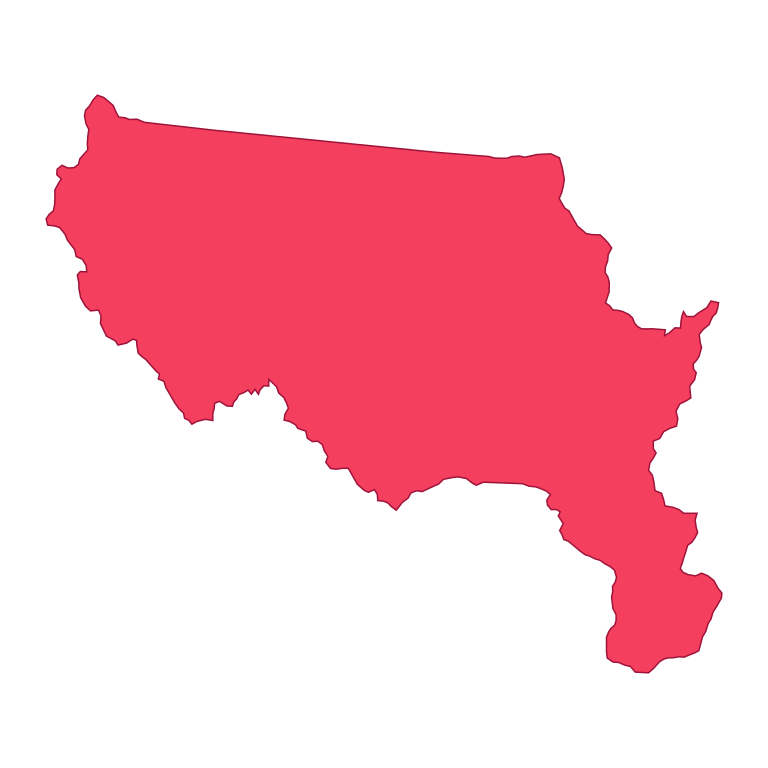 Iporá, Goiás, Brazil (Robinson projection)
{"feature_id": "56859067B49504952139993", "entity_name": "Iporá", "entity_type": "district", "adm_level": 2, "iso_a3": "BRA", "parent_name": "Brazil", "parent_adm1": "Goiás", "projection": "robinson", "projection_center": [-51.149, -16.451], "detail": "fine", "context": "isolated", "style": "filled", "palette": "rose", "viewbox_px": 768, "rotation_deg": 0, "n_neighbors": 0, "source": "geoboundaries", "source_scale": "gbopen_adm2", "svg_char_len": 4164}
<svg xmlns="http://www.w3.org/2000/svg" viewBox="0 0 768 768"><path d="M648.5,672.8L653.6,668.4L659.5,661.8L664.0,659.0L668.3,657.8L673.3,657.8L678.4,656.8L684.3,657.1L689.5,654.9L694.7,652.9L698.8,650.7L702.5,636.9L705.8,631.3L708.1,623.7L711.0,619.0L712.9,612.3L716.5,606.7L721.4,598.1L721.9,593.1L718.0,588.2L713.9,580.6L707.7,575.7L701.5,573.2L695.7,575.9L688.4,574.7L682.9,572.3L680.3,568.3L682.2,563.2L683.5,558.7L685.8,551.6L687.6,545.4L691.9,542.2L695.1,537.5L697.6,532.6L696.2,527.3L695.1,520.2L697.0,513.3L683.7,513.3L679.2,509.7L673.0,507.3L665.0,505.9L663.5,499.2L661.6,493.3L655.0,490.6L653.9,482.1L652.4,475.3L648.6,470.3L649.9,463.1L653.1,458.4L656.1,453.0L653.3,448.5L653.3,441.1L659.7,438.5L663.6,431.7L670.1,428.2L676.5,426.2L677.8,418.6L676.0,411.2L679.8,403.9L685.7,401.1L690.8,397.9L690.2,391.8L689.7,386.1L694.6,379.7L696.2,372.6L693.5,369.1L693.2,364.0L696.7,360.1L699.0,356.4L701.6,347.5L700.3,343.1L699.2,334.5L703.1,329.5L709.1,324.6L710.8,320.5L712.7,316.5L716.1,313.1L717.7,308.2L718.5,302.7L711.0,301.0L706.8,307.7L699.2,312.4L693.8,316.6L686.6,316.5L683.5,311.6L681.9,316.0L681.0,321.4L680.5,328.1L675.0,327.8L669.2,333.0L664.5,335.7L665.3,329.8L652.7,328.8L647.3,328.9L641.7,328.9L637.4,326.4L634.4,322.9L632.5,317.8L628.6,314.3L622.4,311.4L618.2,310.4L612.8,309.9L609.6,305.7L605.5,303.0L609.1,291.9L609.3,282.4L607.8,276.9L605.1,272.5L605.5,266.6L607.6,261.2L608.2,254.6L611.7,248.0L608.3,243.2L604.4,238.9L600.1,234.9L591.9,234.6L586.2,233.6L581.9,229.8L577.6,226.3L573.1,218.4L569.0,211.0L564.9,208.3L561.7,202.9L559.2,198.5L561.8,192.3L563.2,186.5L564.3,179.3L562.3,168.0L559.4,157.8L550.6,153.8L543.5,154.2L537.1,154.5L530.4,156.0L524.8,157.2L519.3,156.0L511.7,156.5L507.2,158.2L499.7,158.2L494.3,158.0L488.9,156.5L436.0,152.3L322.5,141.0L210.8,129.9L144.4,122.3L137.0,119.2L129.3,119.5L125.3,117.8L118.8,117.1L116.0,112.0L113.3,105.6L108.1,101.1L103.8,97.5L97.4,95.2L93.1,99.9L89.4,106.1L85.6,110.2L84.5,115.6L86.0,123.8L88.8,129.4L87.9,135.8L87.3,143.9L87.8,149.8L83.8,154.3L79.8,158.9L78.5,164.3L74.0,167.7L67.8,168.0L62.0,165.3L57.1,169.3L56.8,174.7L61.3,179.0L58.8,182.8L54.9,189.9L54.9,197.3L54.7,204.2L53.4,210.8L49.2,214.3L46.1,218.9L47.7,225.1L54.3,225.9L59.6,227.5L65.0,234.2L67.4,240.1L70.8,244.6L74.7,249.6L76.2,256.5L82.4,259.3L86.2,265.6L86.7,271.8L80.3,271.6L77.3,275.0L78.8,282.6L79.0,289.0L80.7,297.8L85.6,306.4L90.6,310.9L98.5,310.1L101.0,315.7L100.5,323.7L106.5,336.1L115.4,340.9L118.0,345.1L126.6,343.1L132.6,339.2L136.5,340.2L136.9,345.3L138.2,353.2L142.5,357.1L145.9,359.6L150.6,365.0L155.8,370.8L159.5,374.1L158.3,379.0L163.9,381.2L165.9,387.6L174.9,403.0L179.1,409.0L183.5,413.0L184.6,418.3L188.8,420.3L191.9,424.2L196.8,421.5L200.6,420.5L205.4,419.3L212.8,420.5L212.8,413.5L214.2,408.5L214.6,403.3L219.5,401.4L227.0,406.0L232.4,406.3L233.7,402.1L236.7,398.9L238.7,394.7L243.9,392.5L248.1,390.1L251.4,394.2L255.0,389.3L258.4,394.3L260.1,389.8L264.0,385.7L268.7,386.1L268.8,379.4L272.3,382.6L276.6,386.8L278.7,393.0L283.9,397.7L286.5,403.0L288.4,408.2L285.0,414.1L284.1,420.1L289.7,421.5L295.5,424.7L297.8,428.4L305.8,431.1L307.3,438.2L312.4,441.6L317.8,441.2L322.3,444.6L324.3,450.8L327.9,456.4L325.8,462.3L330.6,468.5L336.0,469.2L342.9,468.3L348.3,468.3L351.3,473.6L357.3,484.2L363.9,490.1L368.4,492.3L374.4,489.6L377.3,494.3L377.8,500.6L383.6,501.2L388.1,503.1L391.4,506.6L396.3,510.2L402.3,502.5L408.1,498.1L410.7,493.1L416.6,490.7L422.1,491.6L433.6,486.2L438.4,484.2L443.5,479.3L452.2,477.6L458.2,476.9L466.4,478.5L472.6,483.3L476.3,485.2L483.4,482.2L522.7,483.7L529.0,486.2L535.9,486.9L540.9,488.7L546.4,491.1L550.4,494.6L546.8,500.0L547.5,505.1L551.2,509.6L556.7,509.6L560.2,511.8L558.3,516.0L563.2,523.5L559.7,530.6L561.9,534.4L563.8,539.5L568.2,541.1L575.2,546.9L580.4,551.3L585.3,554.8L589.4,556.0L594.7,558.7L600.3,560.4L604.6,563.6L609.9,566.4L614.4,570.1L616.5,577.2L615.4,581.8L612.5,586.3L612.7,591.4L611.6,597.3L612.3,603.2L612.9,608.4L616.1,614.8L616.1,620.5L614.7,625.1L611.0,628.3L608.6,632.0L606.5,637.2L606.5,642.3L606.5,651.6L607.2,658.0L612.9,662.0L618.7,662.5L624.7,665.1L630.5,666.5L635.2,672.1L642.3,672.5L648.5,672.8Z" fill="#f43f5e" stroke="#9f1239" stroke-width="1.5"/></svg>